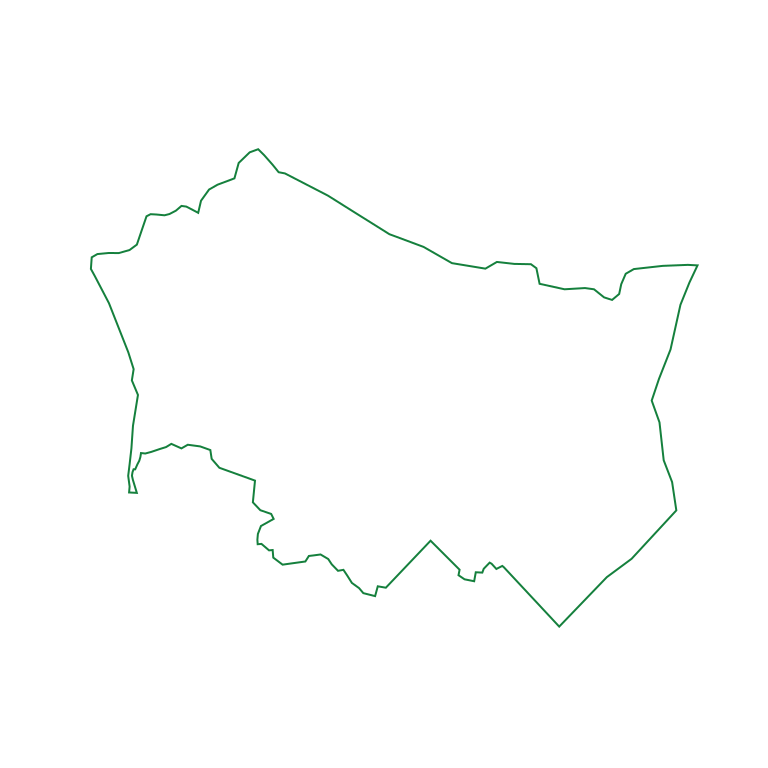 Progreso, Canelones, Uruguay, rotated 9°
{"feature_id": "84410073B80692498878624", "entity_name": "Progreso", "entity_type": "district", "adm_level": 2, "iso_a3": "URY", "parent_name": "Uruguay", "parent_adm1": "Canelones", "projection": "natural_earth1", "projection_center": [-56.258, -34.654], "detail": "fine", "context": "isolated", "style": "outline", "palette": "green", "viewbox_px": 768, "rotation_deg": 9, "n_neighbors": 0, "source": "geoboundaries", "source_scale": "gbopen_adm2", "svg_char_len": 1874}
<svg xmlns="http://www.w3.org/2000/svg" viewBox="0 0 768 768"><g transform="rotate(9 384 384)"><path d="M149.2,531.0L156.9,530.2L150.9,517.8L149.4,514.0L149.4,510.4L150.0,507.4L151.6,507.2L153.0,501.9L154.3,498.1L154.8,494.2L154.8,490.2L159.1,490.0L164.7,487.5L172.9,483.2L178.6,480.4L183.3,476.4L189.2,478.0L194.0,479.3L199.7,474.7L212.2,474.4L222.8,476.4L225.5,484.9L234.5,492.5L271.7,499.6L273.0,521.4L281.6,528.0L292.9,530.0L296.1,534.5L284.7,543.5L282.9,551.8L283.3,557.6L284.3,562.0L288.0,561.1L296.5,566.3L300.0,565.4L301.8,572.8L312.1,578.3L319.6,576.0L323.9,574.7L334.1,571.6L336.7,565.6L341.3,564.3L348.0,562.3L356.3,565.6L360.6,570.3L367.8,575.7L373.0,573.9L377.7,579.0L383.4,585.5L391.3,589.5L396.3,593.8L408.4,594.9L409.5,584.8L417.7,584.9L454.5,531.5L487.7,555.6L487.5,561.2L494.1,564.3L503.9,564.7L504.1,555.6L510.6,554.9L511.4,550.9L516.3,543.9L518.4,544.7L523.9,549.1L529.3,545.2L531.0,546.2L595.0,596.2L634.3,539.9L655.9,517.9L692.5,463.1L683.9,435.8L672.2,415.6L662.1,378.8L651.0,358.5L654.8,335.9L661.6,305.1L664.4,259.4L669.8,236.0L675.1,217.8L665.5,218.8L640.9,223.7L612.8,231.4L605.5,237.3L602.7,248.3L602.2,258.3L596.1,265.3L587.8,264.0L576.6,257.6L567.5,257.8L547.5,262.2L522.0,260.7L516.4,245.8L510.4,242.7L493.9,245.0L476.4,245.8L466.1,254.2L432.2,254.0L401.6,242.4L365.9,235.2L326.7,218.5L299.1,206.7L253.2,191.5L246.8,191.3L239.6,184.8L229.8,176.7L223.0,171.8L215.1,176.2L205.9,188.4L204.1,204.3L188.4,213.2L180.8,219.3L174.6,231.6L173.7,244.0L167.9,242.0L161.0,239.7L156.1,239.8L151.3,245.4L145.5,249.7L140.8,251.7L132.7,252.2L126.9,252.8L123.2,255.5L120.3,272.2L118.1,285.0L111.7,291.5L101.5,296.2L91.9,297.6L80.6,300.5L75.5,304.6L76.5,316.2L81.6,322.8L99.7,347.2L126.5,392.7L134.4,408.5L134.4,419.9L142.7,433.3L142.6,464.5L144.6,487.1L145.3,503.2L145.7,514.7L148.8,525.1L149.2,531.0Z" fill="none" stroke="#15803d" stroke-width="2"/></g></svg>